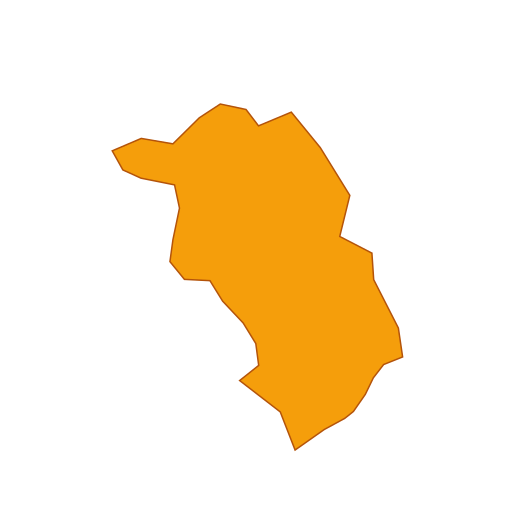 the District of Dečani, rotated 214°
{"feature_id": "KOS-5889", "entity_name": "Dečani", "entity_type": "District", "adm_level": 1, "iso_a3": "XKX", "parent_name": "Kosovo", "parent_adm1": "", "projection": "mercator", "projection_center": [20.231, 42.545], "detail": "fine", "context": "isolated", "style": "filled", "palette": "amber", "viewbox_px": 512, "rotation_deg": 214, "n_neighbors": 0, "source": "natural_earth", "source_scale": "10m", "svg_char_len": 632}
<svg xmlns="http://www.w3.org/2000/svg" viewBox="0 0 512 512"><g transform="rotate(214 256 256)"><path d="M161.2,322.8L145.2,302.2L97.7,275.9L78.0,254.3L89.5,237.4L90.6,220.6L88.0,202.4L88.3,181.6L91.6,171.1L102.4,150.3L115.1,117.0L148.7,140.3L199.9,143.6L192.6,166.8L207.2,183.3L229.2,193.3L258.4,199.9L280.4,209.8L302.3,196.6L324.2,203.2L334.0,223.1L346.2,252.9L363.3,269.4L394.9,256.2L414.5,252.9L434.0,262.8L416.9,289.3L387.6,302.5L380.3,338.9L370.6,362.0L346.2,371.9L326.7,365.3L307.2,395.0L263.3,381.8L212.1,358.7L197.5,319.0L161.5,323.2L161.4,322.9L161.2,322.8Z" fill="#f59e0b" stroke="#b45309" stroke-width="1.5"/></g></svg>